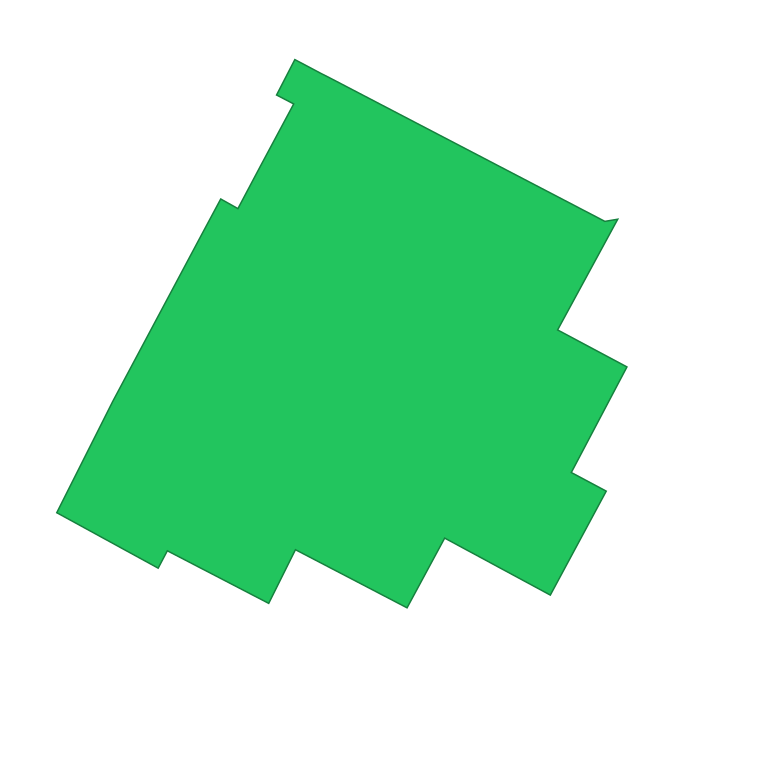 outline of Fairfield, Ohio, United States of America, rotated 24°
{"feature_id": "52423323B60724250997999", "entity_name": "Fairfield", "entity_type": "district", "adm_level": 2, "iso_a3": "USA", "parent_name": "United States of America", "parent_adm1": "Ohio", "projection": "mercator", "projection_center": [-82.654, 39.748], "detail": "fine", "context": "isolated", "style": "filled", "palette": "green", "viewbox_px": 768, "rotation_deg": 24, "n_neighbors": 0, "source": "geoboundaries", "source_scale": "gbopen_adm2", "svg_char_len": 470}
<svg xmlns="http://www.w3.org/2000/svg" viewBox="0 0 768 768"><g transform="rotate(24 384 384)"><path d="M156.7,320.9L143.3,509.7L137.4,634.7L252.6,644.1L253.9,624.5L367.9,631.3L370.5,571.4L496.1,579.1L502.1,500.1L621.8,509.2L630.6,391.5L591.1,388.7L599.0,269.6L520.6,264.0L530.5,138.4L519.6,145.6L209.9,126.4L199.9,125.9L170.6,123.9L168.3,163.7L187.6,164.9L182.6,233.7L179.2,283.2L159.6,281.4L156.7,320.9Z" fill="#22c55e" stroke="#15803d" stroke-width="1.5"/></g></svg>